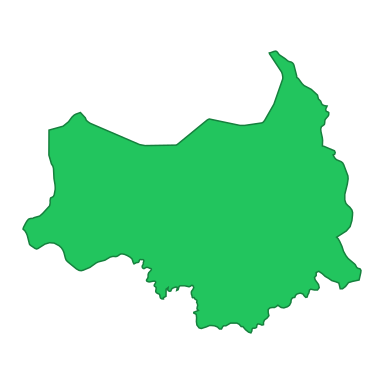 SVG path tracing the border of Tambacounda
{"feature_id": "SEN-779", "entity_name": "Tambacounda", "entity_type": "Region", "adm_level": 1, "iso_a3": "SEN", "parent_name": "Senegal", "parent_adm1": "", "projection": "natural_earth1", "projection_center": [-13.251, 14.045], "detail": "fine", "context": "isolated", "style": "filled", "palette": "green", "viewbox_px": 384, "rotation_deg": 0, "n_neighbors": 0, "source": "natural_earth", "source_scale": "10m", "svg_char_len": 5025}
<svg xmlns="http://www.w3.org/2000/svg" viewBox="0 0 384 384"><path d="M317.5,95.1L318.4,98.9L320.7,101.2L321.4,103.1L322.2,104.6L324.0,105.5L325.8,105.9L327.1,106.0L326.4,107.6L325.9,108.5L325.7,109.4L326.0,110.9L326.8,111.6L327.9,111.9L328.8,112.7L328.7,114.9L328.1,116.1L325.9,118.6L325.0,119.9L324.8,121.3L324.7,122.9L324.4,124.4L323.5,125.2L321.4,126.7L320.7,129.0L321.0,131.8L322.3,137.6L322.6,140.3L322.4,146.0L323.9,146.3L334.5,150.8L335.2,152.6L334.7,154.2L333.1,154.9L334.0,156.7L335.1,158.4L336.5,159.7L341.0,161.6L342.6,162.8L343.7,164.7L347.9,175.9L348.1,178.9L347.3,184.2L344.8,194.4L344.8,199.9L345.9,203.4L347.8,205.5L349.9,207.3L351.9,210.0L352.6,212.5L352.5,215.2L351.9,220.6L350.1,226.6L346.3,231.0L336.6,237.2L338.2,238.8L339.7,241.4L342.0,246.5L343.5,251.3L346.0,255.8L348.1,258.5L354.6,264.0L355.4,264.9L356.4,266.9L357.0,267.7L358.2,268.4L359.3,268.6L360.2,269.0L361.0,270.5L360.7,272.9L359.1,280.0L352.5,281.4L348.5,282.6L345.5,286.5L342.5,288.8L340.2,288.8L339.5,285.7L338.8,283.0L335.8,281.8L331.8,280.6L328.5,278.3L325.2,276.4L322.2,273.6L318.8,271.3L316.2,272.5L316.2,275.6L314.5,277.5L315.2,279.9L318.5,284.5L319.2,287.7L317.5,290.0L314.5,290.0L310.8,289.2L309.5,290.0L308.8,293.1L307.8,294.7L307.2,297.0L305.8,297.4L304.5,296.2L302.8,293.9L300.2,293.1L297.2,293.9L295.5,295.4L294.8,297.4L292.5,297.8L291.2,299.7L290.9,302.5L289.5,305.2L287.5,306.7L283.9,307.9L281.2,307.5L279.5,306.4L277.9,305.2L276.5,306.4L274.5,307.5L272.2,307.5L269.9,307.9L268.2,309.5L268.2,312.6L268.9,315.7L267.2,318.0L264.5,320.0L263.5,322.3L263.5,324.7L261.9,325.1L260.2,324.3L257.9,323.9L256.9,325.1L256.5,327.4L254.9,328.2L252.9,328.2L251.9,329.3L251.9,330.9L250.9,332.9L248.5,332.1L245.5,329.7L242.9,326.6L241.2,326.6L239.2,324.3L236.9,323.1L230.5,323.1L228.5,324.3L225.9,325.8L223.5,325.8L222.5,327.0L221.5,329.0L219.5,329.0L217.5,327.0L214.5,325.8L211.2,325.5L209.5,325.5L206.3,326.9L201.3,328.5L199.1,327.9L196.9,325.0L196.4,321.6L196.6,317.6L196.2,314.3L193.8,313.1L193.8,312.3L198.4,310.4L197.0,308.9L197.2,307.2L197.7,305.4L197.3,303.6L196.6,302.3L197.0,301.1L196.9,300.4L196.4,299.9L195.6,299.5L194.8,298.9L194.5,298.1L194.2,297.6L193.5,297.7L192.6,297.7L192.2,297.2L192.1,296.1L191.8,295.1L191.4,294.1L191.3,292.0L191.8,290.9L192.7,289.8L193.8,287.6L192.8,285.5L191.7,285.3L190.6,286.1L189.1,286.8L184.8,285.8L180.1,285.8L179.1,286.5L178.1,289.7L176.7,290.4L177.4,287.5L176.0,287.0L173.7,287.7L172.0,288.6L171.5,289.4L170.8,291.0L169.7,291.3L168.4,290.8L167.7,289.8L168.1,287.6L166.1,289.2L166.0,296.3L163.4,297.7L163.5,298.9L162.1,298.9L161.4,298.7L160.5,298.0L160.2,297.2L160.0,296.3L159.8,295.1L159.5,294.5L159.0,294.0L157.4,293.4L156.2,292.5L155.8,291.7L155.7,291.0L156.0,289.5L156.1,288.7L156.1,287.6L155.7,287.0L155.1,286.6L154.4,286.1L154.2,285.5L154.3,284.9L155.3,283.3L155.6,282.7L155.6,281.8L155.2,281.4L154.6,281.1L153.1,281.2L150.3,281.8L149.6,281.9L148.9,281.9L148.2,281.7L147.5,281.5L146.7,281.0L146.5,280.4L146.6,279.8L147.0,279.3L147.3,278.8L147.6,278.3L147.9,277.7L148.1,277.0L148.1,276.2L148.1,275.4L148.1,274.6L148.3,273.9L148.5,273.3L148.8,272.7L150.9,270.4L151.2,269.9L151.4,269.2L151.3,268.9L151.0,268.6L149.8,268.3L148.1,267.5L147.5,267.4L146.8,267.3L146.1,267.5L145.5,267.7L144.6,268.4L144.0,268.6L143.3,268.5L142.5,267.8L142.2,267.0L142.2,266.3L142.4,265.6L142.7,265.1L143.2,264.4L143.3,264.2L143.3,263.8L143.3,262.5L143.8,261.2L143.8,260.4L143.5,259.9L143.0,259.6L141.7,259.7L140.6,259.5L140.0,259.6L139.6,260.0L139.2,260.6L139.1,261.3L138.8,261.9L138.4,262.3L137.8,262.5L136.5,262.6L135.5,263.1L134.0,263.9L133.8,263.6L133.2,262.5L132.4,260.0L131.9,258.8L130.0,257.1L127.2,255.5L124.4,254.3L122.0,253.9L120.4,254.1L118.1,255.7L116.8,256.4L115.6,256.6L113.6,256.4L112.4,256.5L110.1,257.1L104.9,260.2L98.3,261.9L96.2,262.9L89.9,267.4L83.2,270.2L81.2,270.7L79.1,270.4L76.4,268.9L68.2,262.2L67.3,261.4L66.1,260.0L65.4,258.2L63.9,252.4L62.8,249.9L61.3,247.7L59.1,245.7L54.2,243.1L49.5,242.7L44.9,244.1L38.0,248.5L36.6,249.0L35.0,248.4L30.3,245.2L29.5,244.2L27.3,235.5L26.3,233.1L24.9,230.8L23.0,229.1L23.5,227.4L25.6,223.3L26.9,221.1L28.5,219.2L29.7,218.7L31.0,218.4L32.5,218.4L33.1,218.2L34.2,217.6L39.5,216.1L40.0,215.8L42.7,213.4L49.4,206.1L49.7,205.5L49.9,204.5L50.2,202.9L50.1,200.5L50.5,198.2L50.7,197.9L51.1,197.7L52.2,197.2L53.2,196.6L53.7,195.9L54.2,194.8L55.2,189.4L55.2,187.1L55.0,184.6L54.0,178.6L53.5,168.6L52.9,166.2L51.4,163.8L48.9,155.1L49.0,130.1L63.1,126.2L68.5,121.8L71.9,117.2L74.0,115.2L75.7,114.2L80.4,112.5L85.3,117.8L86.3,120.3L88.4,122.1L90.2,123.3L139.6,144.6L145.1,145.6L176.2,145.1L177.4,144.4L207.2,120.0L208.1,119.5L209.3,119.0L239.9,125.4L244.8,125.4L261.9,122.9L263.3,122.1L264.7,120.3L273.9,104.2L282.6,79.3L282.8,78.1L282.8,77.1L282.3,74.0L281.5,71.9L269.5,53.8L269.3,52.9L270.5,52.7L274.0,51.4L275.8,51.1L276.8,51.6L277.7,52.6L279.2,54.7L285.4,58.9L287.4,60.6L288.6,61.4L291.3,62.1L292.5,62.9L293.5,64.1L294.0,65.4L296.7,76.0L296.7,77.4L298.3,78.5L302.1,83.7L304.1,85.6L311.3,89.4L317.5,95.1Z" fill="#22c55e" stroke="#15803d" stroke-width="1.5"/></svg>